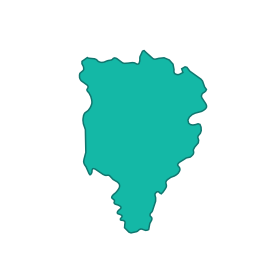 an SVG outline of Vienne, rotated 216°
{"feature_id": "FRA-5354", "entity_name": "Vienne", "entity_type": "Metropolitan department", "adm_level": 1, "iso_a3": "FRA", "parent_name": "France", "parent_adm1": "", "projection": "equal_earth", "projection_center": [0.44, 46.607], "detail": "fine", "context": "isolated", "style": "filled", "palette": "teal", "viewbox_px": 256, "rotation_deg": 216, "n_neighbors": 0, "source": "natural_earth", "source_scale": "10m", "svg_char_len": 3163}
<svg xmlns="http://www.w3.org/2000/svg" viewBox="0 0 256 256"><g transform="rotate(216 128 128)"><path d="M157.7,199.7L148.5,198.8L147.3,199.1L146.1,200.0L144.1,202.4L140.1,206.0L134.6,207.3L129.1,206.1L125.1,202.3L124.1,200.7L122.9,199.7L121.4,199.5L119.6,200.1L118.5,200.9L117.6,202.2L116.2,205.2L119.4,207.5L117.8,211.0L116.0,211.7L111.4,210.3L97.7,210.4L95.3,209.8L90.1,206.2L87.2,205.3L86.9,203.7L87.2,202.1L87.8,200.6L88.1,199.1L87.4,196.9L85.9,195.8L79.3,193.3L77.8,192.4L76.8,191.2L76.6,190.2L76.6,189.0L77.2,186.9L78.2,184.7L82.4,179.5L84.0,176.6L84.8,172.9L84.2,169.6L81.7,167.5L79.4,167.5L77.3,168.5L75.4,170.4L73.8,172.6L71.9,173.2L69.4,171.6L67.2,168.9L66.4,166.3L66.6,163.3L66.5,162.3L66.0,161.4L63.7,159.7L62.4,157.3L62.8,151.7L62.4,149.0L61.9,148.2L60.7,147.1L60.2,146.3L59.9,145.3L59.9,144.3L60.2,142.3L60.6,141.0L63.2,138.1L66.2,130.6L66.5,129.3L66.4,127.8L65.8,127.0L63.0,126.2L62.2,125.6L61.5,124.8L61.1,123.8L60.8,121.2L61.3,118.7L62.3,116.4L64.4,113.2L65.6,109.8L65.9,108.2L65.7,106.8L65.1,105.8L63.3,104.3L62.4,102.9L62.1,100.9L62.0,96.8L62.4,94.3L64.0,94.1L65.9,94.4L67.2,93.2L67.5,91.0L66.9,89.7L64.6,87.8L62.7,85.1L59.5,75.3L59.4,73.9L59.6,72.7L59.6,71.6L59.0,70.4L58.2,69.8L56.3,69.5L55.5,68.9L54.8,67.7L54.2,63.5L51.6,58.0L52.0,57.2L52.6,56.4L53.6,55.5L56.9,54.5L58.2,53.9L59.1,52.5L59.4,51.3L59.6,50.2L60.1,49.2L63.9,44.9L66.0,44.3L72.2,45.3L73.4,47.3L74.0,48.2L74.5,49.3L75.1,50.1L76.1,50.6L77.5,50.4L79.4,49.3L80.2,49.3L80.8,50.2L80.7,51.1L80.6,52.1L80.8,52.9L81.6,53.6L83.1,53.5L85.8,52.7L86.8,53.0L87.3,54.2L87.3,55.4L87.1,56.5L86.8,57.6L86.6,58.6L86.8,59.4L87.7,60.1L89.3,60.1L90.9,59.8L93.5,58.9L94.5,58.9L95.3,59.3L96.0,61.0L96.7,61.6L99.3,61.8L100.2,62.0L100.6,62.7L100.8,63.6L100.7,65.5L99.9,68.5L99.7,71.4L99.8,73.6L100.0,74.7L100.4,75.7L101.2,76.8L102.5,77.7L104.7,78.1L109.8,77.6L115.1,78.6L116.2,78.2L117.1,77.5L117.8,76.8L118.7,76.3L120.9,75.8L130.2,75.5L131.3,75.2L132.3,74.7L132.6,74.2L132.6,73.7L132.4,73.2L132.3,72.7L132.0,72.2L131.7,71.8L131.4,71.4L131.2,70.9L131.0,70.4L130.9,69.3L130.9,68.8L130.9,68.3L131.0,68.2L131.3,67.8L132.7,68.2L139.1,71.9L141.6,72.8L142.9,73.6L144.1,74.7L145.3,77.0L147.8,83.5L161.6,101.7L166.6,105.2L167.4,106.1L169.0,107.8L169.9,109.2L171.3,112.0L171.7,113.8L171.7,115.2L171.3,116.2L171.0,117.2L170.7,118.1L170.5,119.1L170.5,122.1L170.9,124.2L171.6,126.5L172.5,127.9L174.0,129.5L176.7,131.7L179.9,133.3L182.3,133.9L183.1,134.2L183.8,134.9L184.1,137.2L184.6,138.1L186.0,138.7L193.4,138.7L194.6,139.0L195.6,139.5L196.7,140.2L197.5,141.2L198.2,142.1L198.7,143.0L199.0,143.9L199.0,144.3L198.1,148.0L198.2,149.3L199.5,150.9L200.7,151.8L203.0,152.9L204.4,154.9L202.3,161.1L201.1,161.2L195.8,164.3L194.2,164.7L192.9,164.7L191.8,164.4L190.7,164.5L189.6,164.7L188.4,165.2L187.2,166.1L186.0,167.3L184.8,169.4L183.7,170.9L182.2,172.4L181.4,173.3L180.9,174.5L180.9,175.4L180.6,176.1L180.1,176.8L178.8,177.4L177.7,177.6L171.1,177.5L170.0,177.7L168.9,178.2L166.1,180.5L163.0,183.4L161.9,184.1L160.8,184.6L158.4,184.9L157.5,185.5L157.0,186.6L157.8,188.9L158.6,190.3L159.6,191.6L160.2,192.7L161.4,198.6L161.0,199.4L160.5,200.1L157.7,199.7Z" fill="#14b8a6" stroke="#0f766e" stroke-width="1.5"/></g></svg>